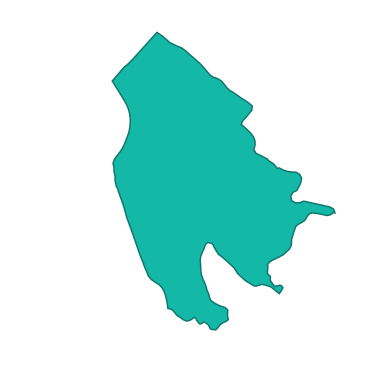 Al Qubaytah, Lahij, Yemen (Mercator projection), rotated 219°
{"feature_id": "15242507B21830684788724", "entity_name": "Al Qubaytah", "entity_type": "district", "adm_level": 2, "iso_a3": "YEM", "parent_name": "Yemen", "parent_adm1": "Lahij", "projection": "mercator", "projection_center": [44.415, 13.329], "detail": "fine", "context": "isolated", "style": "filled", "palette": "teal", "viewbox_px": 384, "rotation_deg": 219, "n_neighbors": 0, "source": "geoboundaries", "source_scale": "gbopen_adm2", "svg_char_len": 4087}
<svg xmlns="http://www.w3.org/2000/svg" viewBox="0 0 384 384"><g transform="rotate(219 192 192)"><path d="M84.9,111.5L84.6,112.0L84.0,113.0L83.5,114.8L83.7,115.7L84.0,116.4L84.7,116.7L85.4,117.1L86.1,117.8L87.3,119.2L89.8,122.6L90.2,122.7L91.4,123.0L93.4,123.0L96.1,122.1L98.1,121.3L100.1,120.7L102.1,120.3L105.3,119.8L108.2,119.6L110.1,120.0L112.1,121.2L114.5,123.0L118.6,125.2L121.5,127.3L126.5,130.3L127.3,130.3L128.8,131.2L130.6,132.5L132.6,133.5L135.7,136.5L139.3,140.6L142.9,144.5L144.7,147.4L145.1,148.7L145.9,151.2L147.2,156.1L147.6,156.8L148.4,159.5L148.5,160.7L148.3,161.6L147.6,162.7L146.2,163.6L144.9,164.3L143.6,164.4L143.1,164.4L142.5,164.3L141.6,163.8L140.4,163.2L138.1,162.3L135.8,161.4L132.1,160.2L128.8,160.5L126.2,160.4L115.3,159.8L114.7,159.8L111.2,159.4L105.2,157.4L104.2,157.3L94.6,156.7L85.7,157.9L84.9,158.0L84.1,158.5L83.6,158.8L82.9,159.2L81.0,162.2L79.5,164.3L77.9,165.1L75.3,166.3L75.1,166.4L71.8,167.6L70.9,167.9L67.9,167.9L67.6,167.9L66.1,167.9L65.4,167.9L64.8,167.9L63.7,167.9L60.2,168.0L60.3,168.4L60.3,169.7L60.3,170.2L60.4,171.1L60.5,171.7L60.8,173.6L61.0,174.7L63.0,175.4L63.2,175.5L65.0,174.9L67.7,171.5L68.1,170.6L69.2,170.9L70.8,171.1L75.8,172.7L76.9,174.5L78.2,175.8L78.6,175.9L79.3,175.8L80.2,175.8L81.0,175.8L81.9,176.2L82.4,176.5L85.0,180.2L86.3,182.0L87.6,182.8L87.6,184.3L87.6,184.8L87.7,186.7L87.5,187.0L86.3,190.3L86.2,190.8L84.8,193.2L84.0,194.9L83.0,197.3L82.9,197.6L82.7,198.1L81.7,200.2L81.3,202.3L81.0,204.2L80.7,206.6L80.6,207.5L80.4,208.4L80.4,208.7L80.7,210.9L80.7,211.3L80.7,211.5L81.3,212.8L81.6,213.5L81.8,214.0L82.3,214.5L82.7,215.1L82.9,215.4L83.8,216.5L84.0,216.8L84.1,217.0L84.7,217.7L84.8,218.0L85.0,218.5L86.3,221.6L86.5,222.1L87.3,224.1L87.7,224.9L88.4,227.0L89.7,230.7L89.4,232.4L89.1,233.7L87.9,236.7L86.6,240.2L86.6,242.1L87.1,245.1L87.1,248.2L86.7,249.6L86.1,250.6L85.2,251.6L82.8,253.0L82.1,253.5L81.1,254.1L78.6,255.5L73.1,258.3L72.5,258.5L72.4,258.6L71.6,259.5L70.2,261.3L69.6,263.1L68.9,265.2L68.9,265.3L67.8,265.6L68.7,266.4L71.3,267.8L75.6,267.1L99.4,255.2L101.5,251.4L104.9,248.6L109.2,248.0L110.9,249.5L112.5,250.9L113.4,255.2L111.5,259.1L112.3,263.5L113.3,267.7L115.5,271.7L119.4,273.5L123.8,272.8L127.3,270.1L131.1,267.9L135.1,266.4L139.4,265.6L140.7,264.0L146.3,265.2L153.0,264.5L153.8,265.1L158.0,264.3L162.3,263.4L166.6,262.3L169.9,263.6L170.1,263.6L170.7,263.9L172.4,268.0L175.2,271.3L179.0,273.6L183.2,274.6L187.5,275.1L192.1,275.4L196.4,275.5L197.4,279.8L197.0,284.2L197.0,288.7L197.0,293.2L199.4,296.8L203.9,296.9L208.3,296.5L213.0,295.9L217.4,295.7L222.0,295.4L226.4,294.7L230.7,295.0L235.0,296.0L239.2,296.8L243.6,296.2L247.7,294.6L251.3,294.2L265.7,296.8L286.6,297.7L288.0,297.6L290.9,297.4L295.1,296.1L299.5,295.0L303.7,294.1L308.2,294.4L312.7,294.5L317.2,294.2L319.7,293.9L320.3,282.3L321.6,257.3L322.5,249.4L323.3,246.6L323.8,228.0L322.6,227.7L318.5,226.2L314.2,224.7L310.1,223.3L305.8,221.8L301.4,220.2L297.3,218.5L293.5,216.4L290.0,213.8L286.7,210.7L283.7,207.1L281.3,203.6L279.1,199.7L277.5,195.5L276.1,191.2L274.7,186.8L273.6,182.2L273.2,177.8L273.1,173.3L272.9,168.7L271.4,164.6L268.1,161.9L265.2,158.6L261.7,155.9L258.8,152.3L254.1,148.6L251.8,147.8L248.8,145.7L236.4,138.1L226.3,130.9L213.4,123.2L205.0,118.0L196.5,112.6L188.8,108.0L184.8,106.1L184.6,105.6L180.7,103.4L176.8,101.4L173.0,99.3L168.4,98.4L163.9,98.7L159.4,99.3L154.9,98.7L150.8,97.0L146.9,94.5L143.2,91.6L139.9,88.7L137.5,86.3L137.4,86.3L137.0,86.6L136.8,86.7L135.5,87.4L133.9,87.9L131.8,87.8L131.6,87.8L126.2,86.7L117.7,87.4L115.7,88.1L114.6,88.6L113.6,89.9L112.6,91.6L111.3,95.7L110.8,96.2L110.0,96.4L109.3,96.4L108.6,95.8L108.0,95.3L107.5,95.1L106.8,95.0L106.1,95.0L105.4,94.9L104.8,94.5L104.4,94.4L103.8,94.3L103.2,94.3L102.7,94.6L102.0,95.3L101.6,95.9L101.5,96.4L101.5,96.6L101.4,97.2L101.3,98.0L100.8,98.5L100.3,98.8L99.1,98.9L97.7,99.0L96.8,99.0L95.9,99.0L95.3,98.8L94.2,98.4L92.8,97.7L91.8,97.2L91.2,97.3L90.8,97.4L90.4,97.5L89.7,97.9L88.7,98.7L87.9,99.0L87.1,99.5L86.7,100.6L86.5,102.1L86.5,102.5L86.6,105.3L86.5,106.9L86.1,108.4L85.5,110.3L84.9,111.5Z" fill="#14b8a6" stroke="#0f766e" stroke-width="1.5"/></g></svg>